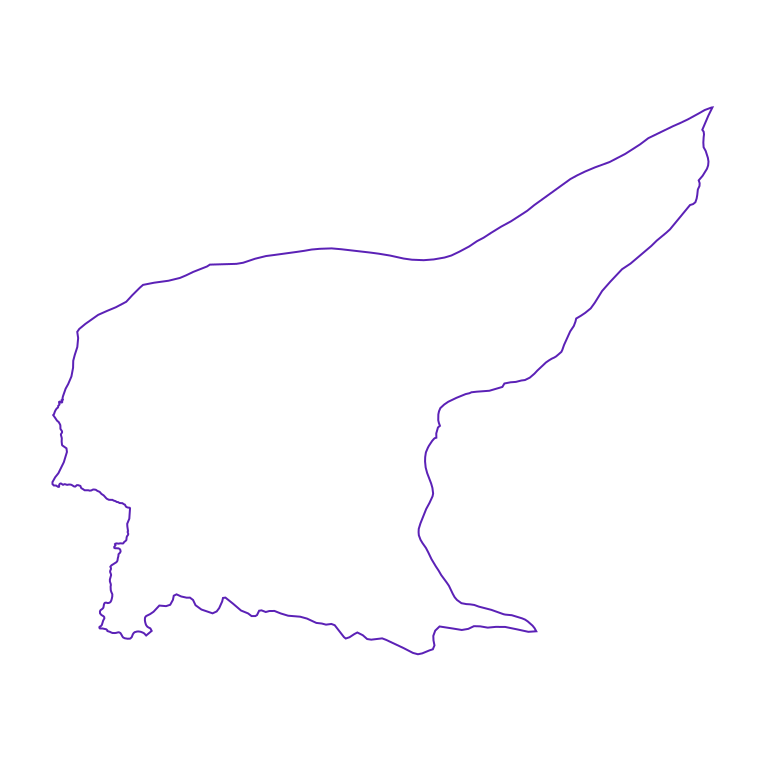 outline of Sangthong, Vientiane [prefecture], Laos, rotated 269°
{"feature_id": "54806243B2404656271674", "entity_name": "Sangthong", "entity_type": "district", "adm_level": 2, "iso_a3": "LAO", "parent_name": "Laos", "parent_adm1": "Vientiane [prefecture]", "projection": "mercator", "projection_center": [102.117, 18.241], "detail": "fine", "context": "isolated", "style": "outline", "palette": "violet", "viewbox_px": 768, "rotation_deg": 269, "n_neighbors": 0, "source": "geoboundaries", "source_scale": "gbopen_adm2", "svg_char_len": 6048}
<svg xmlns="http://www.w3.org/2000/svg" viewBox="0 0 768 768"><g transform="rotate(269 384 384)"><path d="M141.8,103.2L141.0,105.6L140.3,106.9L139.8,108.2L139.7,110.2L139.8,111.6L140.4,114.1L140.2,115.1L139.6,116.1L138.0,117.1L136.2,118.0L135.2,118.7L134.8,119.4L134.3,120.4L133.8,123.1L133.8,125.1L133.9,125.8L134.3,126.3L135.4,127.4L138.1,128.5L139.4,129.4L140.2,130.4L140.8,132.7L140.9,133.9L140.7,135.3L140.5,136.4L139.7,138.4L138.9,139.8L136.7,141.8L141.2,147.4L143.6,146.2L144.0,145.7L144.5,144.6L145.4,143.2L146.7,142.2L147.7,141.7L149.9,141.1L151.9,140.8L154.0,140.9L154.8,141.1L155.5,141.6L156.0,142.0L156.4,142.7L158.0,146.1L160.3,149.6L166.4,155.5L165.7,162.2L167.0,166.4L171.9,169.2L176.0,170.1L177.3,172.9L175.1,177.5L173.8,182.9L173.8,186.2L171.4,189.3L166.1,191.7L161.7,197.5L157.7,208.6L159.5,212.7L162.8,215.3L169.4,218.4L172.9,219.3L173.2,221.7L167.0,229.2L160.0,237.1L157.0,244.1L154.3,247.5L154.2,251.3L155.2,253.0L159.5,255.2L159.8,257.6L158.1,261.8L159.0,265.4L159.0,270.5L156.4,276.7L154.0,284.1L152.8,296.1L150.8,302.9L146.3,312.2L145.6,317.6L144.4,321.8L145.0,327.2L143.7,330.5L131.7,339.5L130.2,341.3L131.4,345.1L134.5,350.0L136.0,353.0L133.2,358.4L129.3,362.7L128.6,366.8L129.7,377.7L128.2,381.5L119.6,399.0L114.6,408.3L113.2,413.2L114.0,417.5L116.9,424.9L117.9,428.2L121.8,429.9L126.8,429.0L131.3,428.9L136.5,430.9L140.6,435.3L138.3,448.7L136.7,457.5L137.7,464.0L140.3,469.7L140.0,476.0L138.6,483.4L139.2,491.4L139.0,500.8L136.3,513.0L133.7,524.0L134.1,531.9L137.2,530.3L139.8,528.3L144.1,523.6L146.0,520.9L147.3,517.9L150.6,507.7L151.3,501.4L151.7,499.6L156.3,487.4L159.8,474.8L161.5,470.4L162.2,466.2L162.5,462.5L163.5,457.6L166.8,453.2L169.6,450.9L173.0,449.1L181.1,445.4L184.3,443.3L191.9,437.9L196.4,435.4L200.8,432.6L208.1,428.4L214.9,425.3L219.3,423.1L224.3,419.7L227.6,417.8L232.1,416.2L235.2,416.0L238.5,416.2L244.0,418.0L258.3,424.0L264.3,427.4L270.9,430.6L273.7,431.2L279.2,430.6L283.7,429.4L294.2,425.6L299.8,424.2L305.8,423.7L310.2,423.9L314.9,424.7L319.4,426.7L321.4,427.8L326.2,431.1L328.3,433.0L329.0,433.9L329.4,435.4L333.7,435.4L339.6,437.2L341.2,439.2L344.1,438.2L346.8,437.6L352.6,437.8L355.7,438.5L358.9,439.9L362.4,443.8L365.1,447.9L368.9,456.2L372.5,465.5L373.3,469.3L374.2,471.3L374.7,476.7L375.4,489.2L379.0,502.3L382.4,504.4L383.5,510.6L383.8,515.9L385.1,521.4L385.5,525.0L387.8,529.9L391.7,534.6L394.8,537.6L402.7,546.3L404.9,549.6L406.4,552.2L407.5,554.7L408.6,556.6L413.0,561.9L415.0,562.9L419.9,564.7L433.4,571.1L438.7,574.8L443.0,576.5L446.1,577.3L448.7,581.9L451.6,586.4L456.0,592.0L461.6,596.2L473.2,603.7L482.4,612.1L494.6,624.0L500.1,632.6L517.3,653.6L522.6,659.2L530.2,668.7L533.6,672.6L557.6,693.1L558.5,696.2L560.3,698.5L563.9,699.8L567.5,700.5L573.0,701.2L576.5,702.9L579.3,703.1L582.1,702.2L586.6,706.2L593.6,710.7L596.9,711.9L600.7,712.3L604.4,711.8L611.4,709.7L615.1,707.7L619.8,707.5L625.1,707.9L628.0,708.3L630.7,708.0L632.6,706.7L646.7,713.0L654.8,717.2L654.7,716.2L652.3,709.4L648.9,703.2L643.2,692.3L639.8,684.8L636.7,677.4L625.2,652.6L619.1,644.2L609.9,629.3L602.0,613.4L596.9,598.7L592.9,588.7L589.4,581.1L585.7,574.0L560.2,537.3L554.6,530.1L544.4,513.7L539.3,503.9L533.2,493.6L528.5,486.1L525.2,479.5L520.0,471.5L515.0,461.7L511.3,453.6L509.4,446.8L507.7,435.9L507.1,425.9L507.8,414.0L509.1,405.8L512.3,392.4L514.4,380.9L515.6,372.9L519.5,343.5L520.5,334.0L520.3,322.2L519.7,313.9L518.6,306.9L517.6,299.1L514.9,276.4L514.0,268.3L511.5,257.3L507.7,245.3L506.7,238.5L506.4,212.0L504.6,209.1L499.4,195.2L496.0,187.8L493.6,181.8L491.0,170.3L489.3,156.0L487.3,144.8L484.6,141.6L477.2,133.9L470.7,127.7L465.4,117.2L462.0,108.6L458.1,99.4L449.4,86.6L444.4,80.3L441.5,78.2L435.3,79.0L426.3,78.0L418.4,75.3L412.7,73.7L405.7,73.4L397.0,71.6L389.4,68.2L384.9,65.6L377.3,62.8L375.3,62.3L374.8,62.3L374.2,62.7L373.7,62.5L373.7,61.7L373.4,61.3L372.9,61.4L372.2,61.9L371.7,62.0L371.3,61.8L371.1,61.2L371.2,60.5L372.0,59.4L371.8,58.9L370.8,58.8L369.4,59.2L368.9,59.0L367.9,57.9L366.7,57.8L366.1,57.5L365.2,56.3L363.8,55.3L362.3,54.5L359.6,53.5L358.7,52.7L355.6,54.8L353.1,56.4L351.6,58.1L349.0,59.5L348.0,59.7L344.8,59.7L343.1,60.8L342.4,61.2L341.6,61.3L341.1,61.2L339.4,60.1L338.7,60.1L335.5,60.9L332.0,60.7L328.8,61.0L328.2,61.3L325.2,65.4L321.6,65.8L311.4,62.5L300.5,56.9L296.5,53.6L291.7,50.8L289.7,50.8L288.3,52.1L288.2,54.3L286.9,56.3L286.8,57.1L287.1,57.4L288.4,57.4L289.3,57.7L289.9,58.2L290.2,59.1L290.0,59.6L288.9,61.1L288.9,61.6L289.4,62.7L289.4,63.2L288.7,65.4L289.0,67.2L288.9,68.8L288.6,69.8L287.0,72.3L286.9,72.8L286.9,73.6L288.2,75.1L288.2,76.3L287.5,78.4L287.3,78.7L285.8,79.2L285.1,79.6L284.4,80.8L283.0,82.8L282.9,86.5L282.5,87.9L282.7,89.6L283.4,90.8L283.6,91.8L283.4,93.4L283.2,94.1L282.1,95.6L281.1,97.8L279.0,99.6L277.5,101.8L274.5,104.4L274.0,105.0L273.0,107.0L272.9,110.5L272.2,111.5L271.6,113.4L270.7,114.8L270.5,116.2L269.6,117.5L269.4,120.4L268.5,121.5L267.9,122.8L266.2,123.7L265.5,124.3L264.9,125.9L264.7,127.5L264.2,127.9L253.8,127.0L248.7,124.8L246.0,124.9L241.4,125.5L241.1,125.2L240.3,125.1L239.0,125.6L238.0,125.6L237.1,125.1L236.3,124.4L235.2,124.0L232.6,123.7L231.5,122.8L230.7,121.6L229.5,120.7L229.1,120.2L229.3,117.4L229.0,116.0L229.3,113.7L229.0,112.6L228.6,112.2L227.5,112.7L225.8,111.4L224.9,111.5L224.5,112.2L224.3,115.6L223.7,116.8L222.6,117.5L221.2,117.7L220.0,117.2L219.2,116.3L218.4,115.6L216.4,115.4L214.4,114.8L212.5,114.5L211.4,114.1L210.5,113.3L207.5,108.4L206.1,107.2L205.7,107.3L205.0,107.7L203.9,107.8L201.7,106.9L200.8,106.9L198.5,107.7L197.7,107.8L193.3,106.5L191.3,106.5L188.8,107.3L187.7,107.4L186.2,107.1L182.6,107.2L180.9,107.7L178.5,108.7L176.3,108.6L174.1,108.1L172.2,107.5L171.1,106.9L170.6,106.4L170.2,105.8L169.9,105.0L169.8,103.7L170.2,102.6L170.2,101.8L170.1,101.2L169.8,100.8L168.7,100.2L165.6,99.6L165.1,99.4L164.1,98.5L163.0,96.9L162.5,96.4L161.4,96.0L159.6,96.1L158.0,97.4L156.7,99.5L155.8,100.2L154.5,100.3L152.4,99.1L148.1,97.7L147.1,96.9L146.2,95.4L145.9,95.2L145.2,95.2L144.6,95.6L144.5,95.9L144.5,98.2L143.7,101.6L143.5,102.1L142.6,103.0L141.8,103.2Z" fill="none" stroke="#5b21b6" stroke-width="2"/></g></svg>